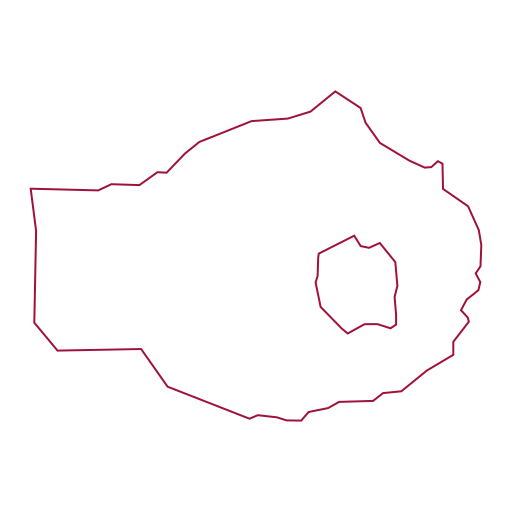 outline of Tahoua, Tahoua, Niger
{"feature_id": "23599985B71026362524800", "entity_name": "Tahoua", "entity_type": "district", "adm_level": 2, "iso_a3": "NER", "parent_name": "Niger", "parent_adm1": "Tahoua", "projection": "robinson", "projection_center": [5.148, 14.985], "detail": "fine", "context": "isolated", "style": "outline", "palette": "rose", "viewbox_px": 512, "rotation_deg": 0, "n_neighbors": 0, "source": "geoboundaries", "source_scale": "gbopen_adm2", "svg_char_len": 997}
<svg xmlns="http://www.w3.org/2000/svg" viewBox="0 0 512 512"><path d="M257.8,415.2L276.8,417.3L286.6,420.4L301.2,420.6L308.6,412.0L328.0,408.1L339.1,401.9L373.1,400.9L383.0,393.1L401.3,391.3L426.9,370.5L453.3,354.8L453.3,341.8L468.8,321.8L467.8,317.6L461.0,310.2L466.7,299.5L478.4,290.2L480.3,282.1L475.7,273.4L480.5,266.2L481.3,245.0L478.8,230.1L468.1,206.3L443.0,188.9L442.5,163.7L437.9,161.2L431.3,167.1L424.7,167.6L409.3,160.6L380.0,143.0L365.6,122.8L360.6,108.0L335.3,91.4L310.5,111.6L287.7,118.6L251.6,121.1L199.4,141.9L185.0,153.5L166.6,172.7L157.4,172.2L139.4,185.1L111.4,184.2L98.2,190.4L30.7,188.7L36.1,230.9L34.3,322.7L48.8,340.1L57.5,350.6L141.1,349.0L167.6,386.7L249.5,418.7L257.8,415.2ZM360.7,246.1L369.1,247.8L379.8,243.0L395.3,262.1L397.4,285.9L394.6,296.9L396.1,314.8L396.1,324.6L390.5,328.3L377.4,324.1L364.5,324.2L347.7,333.5L342.0,328.8L320.6,306.9L315.6,282.4L317.6,276.1L318.2,257.5L318.8,253.6L354.2,235.7L360.7,246.1Z" fill="none" stroke="#9f1239" stroke-width="2"/></svg>